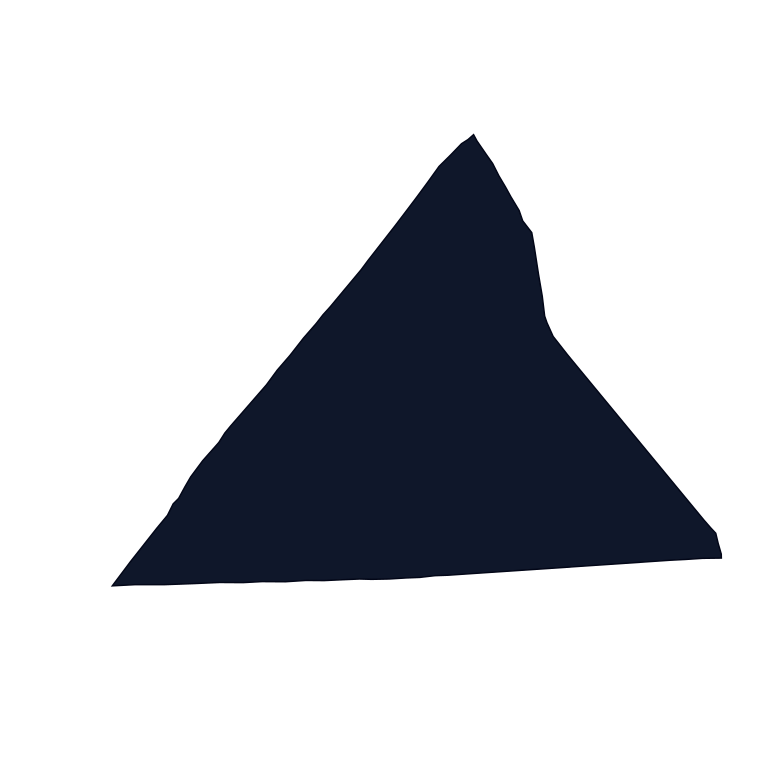 outline of Ain Al-Tamur, Karbala', Iraq, rotated 80°
{"feature_id": "34846034B94422481549269", "entity_name": "Ain Al-Tamur", "entity_type": "district", "adm_level": 2, "iso_a3": "IRQ", "parent_name": "Iraq", "parent_adm1": "Karbala'", "projection": "orthographic", "projection_center": [43.515, 32.483], "detail": "fine", "context": "isolated", "style": "filled", "palette": "ink", "viewbox_px": 768, "rotation_deg": 80, "n_neighbors": 0, "source": "geoboundaries", "source_scale": "gbopen_adm2", "svg_char_len": 1100}
<svg xmlns="http://www.w3.org/2000/svg" viewBox="0 0 768 768"><g transform="rotate(80 384 384)"><path d="M535.6,686.6L538.3,664.6L543.4,635.6L547.6,605.4L550.9,580.3L555.1,557.4L557.4,538.5L561.6,515.6L563.9,494.9L567.2,477.1L569.5,459.2L571.8,441.9L574.2,430.2L576.9,412.9L578.8,396.1L580.7,382.2L580.8,380.0L581.6,367.1L583.4,354.3L584.3,345.9L607.3,132.3L609.1,117.8L611.0,100.5L614.0,82.0L610.1,81.4L598.9,82.6L588.6,83.2L582.3,87.3L573.5,92.6L393.5,194.6L386.9,198.3L366.5,209.2L351.9,212.9L345.0,214.0L325.0,212.9L303.0,212.8L275.7,212.2L260.6,212.2L247.4,219.1L236.6,220.8L221.5,226.6L211.2,230.1L199.0,234.7L185.8,238.7L176.0,243.3L160.9,250.2L154.0,252.5L157.9,258.9L160.8,265.9L170.1,278.7L179.3,292.0L193.0,306.0L205.2,318.8L214.9,329.2L230.0,345.5L259.3,378.0L267.6,386.8L284.2,406.5L293.0,416.9L298.9,423.9L305.2,432.0L312.6,440.2L324.8,455.3L339.4,471.5L351.7,486.6L364.4,499.9L398.7,542.3L404.6,549.2L412.9,556.8L428.1,575.9L441.8,590.4L450.7,597.9L461.0,606.1L465.4,612.4L475.7,620.0L486.5,632.7L515.0,664.6L535.6,686.6Z" fill="#0f172a" stroke="#020617" stroke-width="1.5"/></g></svg>